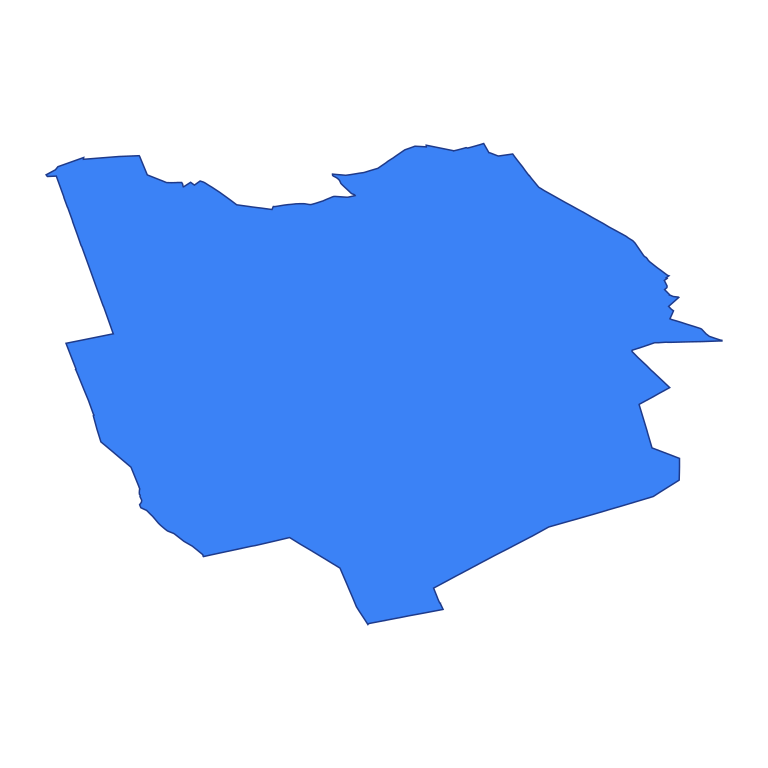 Ukru pag., Auces, Latvia (Natural Earth projection)
{"feature_id": "27541924B12844420955317", "entity_name": "Ukru pag.", "entity_type": "district", "adm_level": 2, "iso_a3": "LVA", "parent_name": "Latvia", "parent_adm1": "Auces", "projection": "natural_earth1", "projection_center": [23.1, 56.359], "detail": "fine", "context": "isolated", "style": "filled", "palette": "blue", "viewbox_px": 768, "rotation_deg": 0, "n_neighbors": 0, "source": "geoboundaries", "source_scale": "gbopen_adm2", "svg_char_len": 5024}
<svg xmlns="http://www.w3.org/2000/svg" viewBox="0 0 768 768"><path d="M491.7,153.5L489.5,152.7L488.9,152.7L488.7,152.3L483.7,143.5L478.6,145.1L478.3,145.1L477.1,145.5L472.1,146.9L467.6,148.1L466.1,147.6L465.8,147.7L463.4,148.4L457.7,149.9L453.5,150.9L453.4,150.7L426.2,145.2L426.3,146.9L425.9,146.9L425.3,146.8L423.7,146.7L420.5,146.5L414.9,146.2L414.4,146.4L412.8,147.0L407.5,148.9L404.9,149.8L402.8,151.2L398.9,153.9L396.1,155.8L392.9,158.1L392.4,158.4L391.9,158.7L387.8,161.3L385.8,162.9L381.5,165.8L377.9,168.3L377.6,168.4L374.2,169.4L369.5,170.8L364.7,172.3L363.5,172.6L362.9,172.7L359.8,173.1L354.4,174.0L350.1,174.7L347.1,175.1L345.7,175.3L341.5,174.9L336.6,174.5L333.5,174.2L332.8,174.1L332.5,174.1L332.5,174.9L332.6,175.3L332.8,175.6L333.4,176.1L335.2,177.0L336.5,177.7L337.7,178.6L338.9,179.7L339.6,180.6L340.3,182.1L340.8,183.3L341.4,184.0L342.6,185.2L344.6,187.1L347.2,189.5L349.0,191.2L351.2,193.3L351.8,193.7L352.6,194.0L354.2,194.6L354.7,194.9L355.1,195.6L353.4,196.0L348.0,197.2L346.4,197.2L339.3,196.7L335.0,196.4L333.5,196.5L332.1,197.0L331.0,197.5L325.9,199.6L322.8,201.0L321.4,201.4L319.9,201.9L315.6,203.3L312.4,204.2L311.3,204.5L310.2,204.6L309.3,204.5L308.5,204.4L305.0,203.8L304.0,203.7L303.2,203.7L299.5,203.7L297.3,203.8L296.2,203.8L294.4,204.0L291.8,204.3L289.6,204.5L288.1,204.6L285.9,204.9L285.0,205.0L284.1,205.1L277.5,206.2L275.5,206.5L274.8,206.6L273.3,206.5L272.0,209.5L268.8,209.1L260.8,208.0L258.8,207.8L250.9,206.8L249.8,206.6L236.7,204.8L231.3,200.7L225.8,196.7L219.7,192.3L212.1,187.3L208.6,185.2L205.2,183.0L203.5,182.1L200.1,181.0L194.4,185.1L190.6,182.3L183.8,186.7L183.3,186.8L182.8,185.3L182.7,184.2L182.4,183.7L181.7,182.5L176.9,182.5L176.7,182.6L171.4,182.7L166.6,182.6L164.4,181.7L162.0,180.7L160.4,180.1L147.3,174.9L139.7,156.5L139.2,155.7L119.0,156.5L99.9,158.0L83.4,159.3L83.7,157.5L57.9,166.7L55.4,169.8L46.1,174.8L47.1,176.2L47.5,176.5L56.3,176.1L63.9,197.1L63.9,197.6L67.3,206.9L67.3,207.0L67.7,207.5L72.5,220.8L72.6,221.6L77.4,234.9L81.1,245.6L81.2,245.8L81.3,246.0L81.7,246.5L88.8,266.1L95.5,284.8L103.2,306.0L103.4,306.1L103.5,306.3L110.0,324.6L113.1,333.4L113.3,333.8L86.5,339.2L66.0,343.3L70.8,355.7L76.0,369.0L75.6,369.6L75.8,369.7L78.1,375.2L84.1,390.0L88.8,401.3L88.9,401.7L93.0,413.1L93.5,414.4L94.0,415.1L93.3,415.7L93.4,416.1L97.0,429.4L97.1,429.7L100.9,441.9L107.3,447.2L118.8,456.9L131.0,467.2L138.9,486.6L139.1,487.3L139.8,489.0L139.5,489.6L139.3,492.3L139.4,494.2L140.2,495.2L140.0,496.6L141.7,500.2L141.4,502.3L139.6,504.7L140.8,507.7L143.1,508.8L146.6,510.4L150.8,514.6L152.6,516.3L158.5,523.3L160.8,525.5L164.9,529.0L167.4,530.9L168.3,531.3L173.6,533.4L174.3,533.8L183.9,541.3L185.6,542.3L192.4,546.2L201.5,553.6L202.8,554.7L203.2,556.4L203.4,556.6L211.5,554.8L251.5,546.2L255.7,545.5L255.9,545.4L256.9,545.2L276.7,540.6L289.3,537.6L289.7,537.6L300.5,544.3L305.8,547.4L315.0,552.9L315.5,553.2L340.0,568.1L348.2,587.2L348.2,587.3L352.6,597.5L356.4,606.7L359.1,611.0L364.9,619.8L367.9,624.5L368.4,623.8L369.6,623.4L398.3,617.9L398.5,617.9L409.5,615.7L422.1,613.4L442.7,609.5L442.8,609.5L443.1,609.4L440.7,604.3L440.3,603.6L440.4,603.2L439.9,603.1L439.6,602.8L437.8,598.8L437.5,597.9L437.4,597.6L433.6,588.1L456.1,576.0L463.9,571.9L479.8,563.4L494.7,555.5L511.7,546.8L511.8,546.7L531.0,536.7L531.4,536.5L531.5,536.5L548.7,527.0L565.2,522.3L592.0,514.7L592.7,514.5L606.7,510.4L607.5,510.1L617.5,507.2L618.3,507.0L640.7,500.3L653.3,496.5L660.4,491.9L679.2,480.1L679.4,472.2L679.5,466.6L679.5,458.5L679.5,458.4L652.0,447.9L647.5,432.6L647.1,431.0L639.1,404.6L639.2,404.3L639.6,404.1L654.0,396.3L658.9,393.5L669.7,387.6L655.6,374.3L653.4,372.2L651.0,370.1L646.6,365.6L637.8,357.4L635.2,354.7L632.1,351.6L632.0,350.7L632.2,350.2L642.8,346.8L652.4,343.5L654.1,342.9L654.8,342.7L657.8,342.7L658.7,342.7L666.1,342.2L666.4,342.2L667.5,342.3L671.3,342.3L690.7,341.8L701.8,341.6L718.3,341.0L721.9,341.0L721.9,340.8L721.9,340.3L720.5,340.1L715.3,338.4L710.1,336.6L709.7,336.5L709.0,336.1L706.8,334.4L706.2,334.0L701.8,329.3L701.4,329.0L701.0,328.8L700.4,328.5L693.9,326.4L687.4,324.4L681.6,322.5L676.7,321.0L671.8,319.6L669.9,318.8L670.0,318.6L671.8,314.7L673.5,310.8L671.4,309.3L668.6,306.4L670.2,305.0L676.1,299.8L678.8,297.4L678.4,297.1L673.2,296.5L670.0,295.1L669.5,295.1L669.6,294.7L664.8,289.8L664.6,289.6L666.9,287.6L667.1,286.0L664.3,280.4L667.2,278.4L667.0,278.2L666.2,277.8L668.9,275.8L667.7,275.4L665.2,273.6L662.3,271.4L657.2,267.7L649.6,261.7L648.1,260.1L647.3,258.8L646.2,257.5L644.9,256.8L643.7,255.7L640.7,251.3L639.2,249.1L635.0,243.0L632.9,240.8L628.1,237.8L627.1,237.0L625.8,236.1L608.7,226.8L603.8,223.8L598.9,221.1L592.2,217.4L584.1,212.7L578.0,209.4L570.8,205.4L565.6,202.6L559.9,199.4L552.1,195.0L544.2,190.6L542.3,189.4L540.9,188.5L539.3,187.6L538.7,187.2L537.2,185.4L534.5,182.1L531.2,178.1L529.2,175.4L528.9,175.5L528.4,174.8L527.2,173.2L525.6,171.1L522.6,166.9L521.6,165.6L520.2,163.9L517.0,159.8L514.5,156.5L512.7,154.0L505.7,155.0L498.6,156.0L498.1,155.9L497.6,155.8L491.7,153.5Z" fill="#3b82f6" stroke="#1e3a8a" stroke-width="1.5"/></svg>